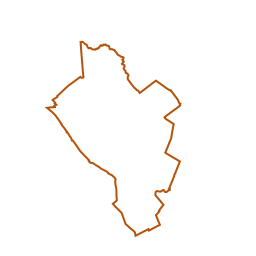 Woerden, Utrecht, Netherlands (Natural Earth projection), rotated 55°
{"feature_id": "6326949B31284337672532", "entity_name": "Woerden", "entity_type": "district", "adm_level": 2, "iso_a3": "NLD", "parent_name": "Netherlands", "parent_adm1": "Utrecht", "projection": "natural_earth1", "projection_center": [4.901, 52.114], "detail": "fine", "context": "isolated", "style": "outline", "palette": "amber", "viewbox_px": 256, "rotation_deg": 55, "n_neighbors": 0, "source": "geoboundaries", "source_scale": "gbopen_adm2", "svg_char_len": 5119}
<svg xmlns="http://www.w3.org/2000/svg" viewBox="0 0 256 256"><g transform="rotate(55 128 128)"><path d="M220.6,183.6L221.2,179.0L222.3,171.3L222.5,169.3L224.0,169.7L224.8,163.3L225.6,157.4L215.7,155.2L215.6,154.9L215.4,154.8L215.4,154.7L215.3,154.2L215.1,153.4L215.1,153.2L214.7,151.9L214.6,151.3L214.1,149.9L213.5,150.0L213.0,148.6L211.2,143.0L198.7,144.1L197.2,142.9L196.5,142.2L196.3,141.9L196.2,141.6L196.2,141.3L196.2,141.0L196.2,140.7L196.3,140.5L196.5,140.3L197.2,139.5L198.3,138.5L198.5,138.3L198.6,138.1L198.8,137.6L198.9,136.5L199.0,135.2L199.0,134.8L199.1,134.7L199.3,134.4L199.5,134.3L200.0,134.3L201.1,134.4L201.5,134.3L201.8,134.2L202.0,134.1L202.1,133.9L202.3,133.6L202.5,133.2L202.5,132.3L202.4,131.6L202.2,130.6L202.3,130.3L202.3,130.2L202.8,129.6L202.8,129.4L201.3,128.4L201.3,128.5L201.0,128.8L200.9,128.6L200.4,127.9L196.7,122.1L194.1,118.1L193.6,117.5L193.2,117.1L193.0,116.8L192.7,116.6L192.7,116.4L192.7,116.2L185.2,104.7L184.0,105.2L171.4,110.9L170.2,111.4L169.6,111.6L169.5,111.4L168.9,110.5L165.7,105.5L163.9,102.8L161.1,98.5L155.6,93.1L155.1,92.5L152.6,90.1L151.0,88.3L146.4,90.1L144.2,91.0L143.8,91.2L143.6,91.3L143.2,91.4L143.1,91.5L142.0,91.8L141.6,92.0L141.3,91.9L140.5,92.1L140.1,91.9L140.1,91.4L140.1,90.3L140.0,89.7L139.9,85.9L139.8,82.9L139.7,75.0L139.6,74.0L139.6,73.2L139.5,72.6L139.0,72.7L138.2,71.2L137.1,71.6L136.5,71.7L135.9,71.6L134.0,71.1L133.4,71.0L132.7,71.0L123.6,71.3L122.2,71.3L122.3,71.5L121.6,71.7L121.6,71.8L121.3,71.9L121.3,72.0L120.5,72.4L118.0,73.5L114.2,74.8L105.2,78.0L105.3,79.3L105.3,80.0L105.3,81.1L105.4,81.4L105.4,83.5L105.5,84.5L105.6,88.1L105.6,89.2L105.7,90.0L105.9,94.2L106.0,98.3L104.7,98.3L104.0,98.2L103.1,98.2L102.2,99.0L100.2,99.3L99.1,99.6L98.1,99.8L97.2,99.9L93.3,100.1L92.0,100.1L91.4,100.1L88.3,100.2L88.0,100.1L87.7,99.9L87.0,99.8L86.5,99.3L86.3,99.2L86.0,99.0L85.9,98.9L85.6,98.1L85.5,97.6L85.1,97.5L84.9,97.3L84.3,97.2L83.1,97.4L83.0,97.5L82.4,97.6L82.3,97.8L81.7,98.1L81.2,98.1L80.7,97.8L80.5,97.6L80.1,97.4L79.5,97.4L78.5,97.6L77.6,97.6L77.0,97.5L76.7,97.4L76.4,97.1L76.3,96.9L76.1,96.0L76.0,95.8L75.6,95.6L75.2,95.2L74.6,95.0L74.4,95.1L74.1,95.1L73.3,95.5L72.7,95.9L72.5,96.2L72.1,96.1L71.9,96.1L71.8,95.8L71.8,95.3L71.6,94.8L71.3,93.5L70.3,93.6L70.2,93.3L69.0,93.5L69.0,92.9L68.8,92.6L68.2,91.6L68.0,91.4L67.8,91.3L67.6,91.4L67.4,91.6L67.0,91.6L67.0,91.8L65.9,92.5L65.3,93.0L65.1,93.1L64.7,93.1L63.7,93.5L63.0,94.0L62.0,94.3L61.5,94.4L60.8,94.3L60.5,94.3L59.5,94.3L59.1,94.3L58.3,94.5L57.7,94.6L56.8,94.3L56.6,94.3L56.1,94.5L56.0,94.8L55.5,95.1L55.0,95.5L54.2,95.9L54.1,96.0L53.8,96.5L53.6,96.9L53.4,97.3L53.2,97.5L52.6,97.6L52.3,97.5L51.8,97.3L51.3,96.9L51.1,96.9L50.6,96.7L50.0,96.6L49.7,96.7L48.8,97.7L48.4,98.0L47.5,98.3L47.4,98.4L47.3,98.6L47.2,98.7L46.8,98.7L46.8,99.0L46.6,99.1L46.5,99.3L46.3,99.4L46.0,99.6L45.7,100.1L45.7,100.3L45.9,100.8L46.0,101.2L46.0,101.5L45.9,101.8L45.8,102.0L45.1,102.3L44.9,102.4L44.7,102.5L44.6,103.0L45.0,103.6L45.0,103.9L45.1,104.6L45.3,105.0L45.3,105.4L45.5,105.8L45.7,106.0L45.8,106.4L45.8,106.6L45.5,106.7L45.4,106.8L45.3,107.0L45.4,107.6L45.3,107.8L45.0,108.2L45.1,108.4L44.9,108.5L44.8,108.8L44.9,109.1L45.1,109.7L45.1,109.8L44.8,110.2L44.7,110.3L44.4,110.5L44.2,110.6L43.8,111.2L43.8,111.3L43.6,111.6L43.0,112.1L42.5,112.3L41.6,112.5L41.4,112.6L40.9,112.8L40.7,113.1L40.6,113.4L40.5,113.5L40.6,113.9L40.3,114.2L40.1,114.4L39.9,114.4L39.5,114.7L38.8,114.7L38.3,114.6L38.0,114.5L37.8,114.5L37.0,114.3L36.2,114.1L35.8,114.4L35.7,114.4L35.4,114.5L34.9,114.9L34.7,114.9L34.1,115.2L33.5,115.2L32.5,115.5L32.0,115.6L31.7,115.7L31.4,115.9L31.3,116.0L30.7,116.6L30.6,116.9L30.5,117.3L30.4,117.6L30.7,117.7L31.3,118.0L33.5,119.3L33.4,119.4L33.6,119.5L44.3,125.8L54.2,131.6L56.9,133.2L57.8,133.6L60.7,135.3L60.9,135.4L61.0,135.5L60.9,135.7L60.5,136.6L60.0,137.5L58.8,137.7L59.0,146.5L59.0,147.7L59.1,150.9L59.1,151.6L59.3,153.6L59.3,154.3L61.2,167.1L61.2,167.6L61.5,167.7L62.0,167.9L61.8,173.6L62.0,173.6L62.8,173.6L64.4,173.3L65.8,173.2L66.0,174.0L66.7,173.8L68.0,173.4L68.0,173.5L67.6,175.7L68.9,175.9L66.2,180.5L65.9,181.1L65.0,182.8L69.0,181.7L71.7,180.9L74.2,180.5L76.4,180.2L79.7,180.2L80.3,180.1L80.5,180.1L82.5,180.1L84.2,180.1L86.0,180.2L86.1,180.4L86.6,180.2L86.7,180.3L86.8,180.3L87.9,180.5L89.1,180.5L90.2,180.3L94.7,180.2L95.4,180.3L96.4,180.8L96.6,180.7L96.2,180.2L97.9,180.2L101.8,180.4L104.3,180.4L104.8,180.6L106.0,181.2L106.7,180.4L109.5,180.3L117.5,180.4L119.2,180.4L123.0,179.9L123.6,179.8L125.8,179.5L130.8,178.6L131.2,178.7L132.1,178.4L132.4,179.0L133.0,178.8L133.8,178.8L134.0,179.1L135.1,178.6L135.8,177.6L136.1,177.3L136.6,176.9L137.2,176.7L140.5,175.4L144.0,173.8L145.6,173.5L151.9,170.2L153.7,169.9L154.0,170.2L157.6,168.2L160.0,167.7L162.5,167.4L163.1,168.1L164.7,169.1L164.8,169.4L164.9,169.5L166.6,170.4L167.7,171.0L169.4,171.7L170.8,172.3L172.5,173.3L175.4,175.3L176.7,176.2L181.0,178.7L181.2,181.5L181.3,182.7L181.4,183.9L184.5,183.6L185.4,183.5L185.9,183.3L187.0,183.1L194.0,181.9L195.8,182.4L205.0,185.0L205.4,185.0L208.4,184.3L210.8,183.8L215.0,182.6L217.2,182.2L217.5,182.2L217.7,182.3L218.9,182.8L220.6,183.6Z" fill="none" stroke="#b45309" stroke-width="2"/></g></svg>